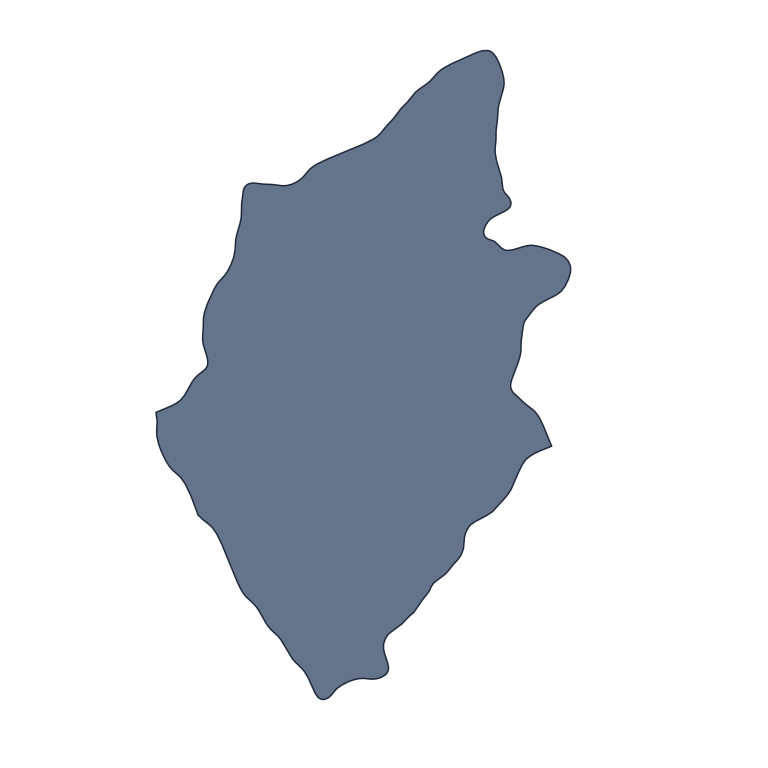 Quisquella, San Pedro de Macorís, Dominican Republic (orthographic projection), rotated 67°
{"feature_id": "3306468B80132338687245", "entity_name": "Quisquella", "entity_type": "district", "adm_level": 2, "iso_a3": "DOM", "parent_name": "Dominican Republic", "parent_adm1": "San Pedro de Macorís", "projection": "orthographic", "projection_center": [-69.415, 18.546], "detail": "fine", "context": "isolated", "style": "filled", "palette": "slate", "viewbox_px": 768, "rotation_deg": 67, "n_neighbors": 0, "source": "geoboundaries", "source_scale": "gbopen_adm2", "svg_char_len": 3326}
<svg xmlns="http://www.w3.org/2000/svg" viewBox="0 0 768 768"><g transform="rotate(67 384 384)"><path d="M506.7,254.0L484.8,253.7L477.5,254.0L472.9,254.6L468.4,255.9L466.4,256.7L457.1,261.9L442.2,268.5L438.5,269.0L436.4,268.6L434.5,267.9L432.6,266.8L429.2,264.1L417.1,252.5L411.7,248.0L408.1,245.6L398.0,240.9L385.5,233.5L382.3,231.1L380.9,229.6L374.7,219.0L372.0,213.2L371.3,210.8L370.5,205.7L369.3,190.4L368.1,185.4L367.1,183.2L364.6,179.0L359.9,173.5L354.4,168.9L350.1,166.8L347.8,166.3L343.2,166.3L338.6,167.7L336.5,168.9L332.6,171.9L325.3,178.8L320.2,184.6L317.2,188.6L314.5,192.9L313.5,195.2L312.3,200.0L310.6,214.4L309.1,218.6L307.9,220.4L304.9,222.7L296.6,226.2L295.3,227.1L291.2,231.6L289.9,232.6L288.4,233.3L286.5,233.6L284.4,233.4L282.4,232.6L280.6,231.4L277.5,228.3L275.0,224.4L274.0,222.2L272.9,217.4L272.2,205.5L271.4,201.2L270.5,199.3L269.2,197.7L267.5,196.6L265.8,196.0L262.2,195.9L254.4,198.3L251.0,198.4L239.7,195.1L222.0,193.1L214.5,191.3L210.5,189.6L203.0,185.5L194.7,181.9L183.5,175.5L175.4,171.5L171.5,168.9L158.3,158.3L154.1,155.9L149.3,154.3L144.3,153.4L139.3,152.9L131.8,152.7L127.1,153.1L122.7,154.2L120.7,155.1L118.8,156.6L117.4,158.5L115.8,162.8L115.2,167.5L115.1,172.5L115.6,196.2L116.3,204.0L117.2,209.1L118.7,213.6L123.2,223.2L124.5,227.5L126.4,236.5L127.7,240.9L133.6,252.3L137.1,260.7L143.5,271.9L147.1,280.1L152.1,289.6L153.6,294.0L154.5,299.0L155.1,309.4L154.8,346.5L155.3,359.1L156.0,363.8L157.2,368.3L161.9,377.7L163.3,381.9L164.0,386.5L164.1,391.1L163.4,395.7L161.9,399.9L156.6,409.1L152.8,417.1L147.9,425.7L146.9,429.6L147.0,431.6L147.5,433.5L148.4,435.4L149.7,436.9L151.1,438.0L163.2,445.0L171.3,448.6L175.5,450.7L179.4,453.4L188.9,461.1L192.8,463.9L203.0,469.0L208.9,473.1L214.2,478.1L218.9,483.7L221.5,487.7L226.3,497.9L230.5,503.6L240.3,514.3L245.6,519.2L249.3,522.2L253.3,524.7L261.6,528.4L269.2,532.3L273.2,534.0L277.6,535.0L288.8,536.2L292.9,536.9L296.7,538.4L298.4,539.6L299.6,541.2L300.6,542.9L303.4,552.7L305.2,556.8L307.8,560.7L316.6,572.2L318.8,576.4L319.7,578.6L320.6,583.2L321.1,588.0L321.0,605.0L329.8,607.4L339.4,612.1L343.8,613.6L351.2,614.9L358.8,615.3L369.1,614.9L376.4,613.7L380.8,612.2L390.4,607.7L397.9,606.1L411.3,605.4L432.1,606.3L437.5,604.0L445.0,599.9L449.0,598.1L456.5,596.5L469.7,595.9L507.5,596.4L515.4,596.1L520.6,595.5L525.5,594.3L535.2,590.0L539.6,588.5L544.5,587.6L557.2,586.2L562.1,585.3L566.5,583.8L574.2,580.3L578.6,578.9L601.2,575.7L605.6,574.2L613.5,570.8L617.8,569.5L625.2,568.6L642.0,568.2L646.1,567.3L648.0,566.4L649.6,564.9L650.7,563.2L651.2,561.3L651.1,557.5L649.8,554.1L646.3,547.3L645.6,545.0L644.6,540.1L644.1,532.4L644.5,527.2L645.4,522.2L647.0,517.9L650.9,510.6L652.3,506.6L652.9,502.4L652.9,500.3L652.2,496.2L651.3,494.3L650.0,492.7L648.2,491.3L646.2,490.4L641.9,489.6L632.6,488.8L627.9,488.0L623.7,486.2L621.9,485.0L618.8,482.0L616.4,478.4L615.5,476.3L611.8,461.1L607.7,451.7L605.9,445.8L597.2,432.1L593.4,425.0L592.4,423.4L588.8,419.5L586.8,416.4L585.6,412.6L583.0,402.0L581.2,398.1L577.2,390.6L574.4,384.5L572.2,380.8L569.3,377.6L566.1,374.9L556.7,369.9L553.3,367.4L550.4,364.3L548.1,360.7L547.3,358.6L546.3,354.1L545.1,340.2L543.7,333.4L535.4,315.6L533.1,311.6L530.3,307.8L517.1,293.9L512.5,288.5L509.9,284.6L508.8,282.5L507.5,278.0L506.8,273.3L506.5,266.1L506.7,254.0Z" fill="#64748b" stroke="#1e293b" stroke-width="1.5"/></g></svg>